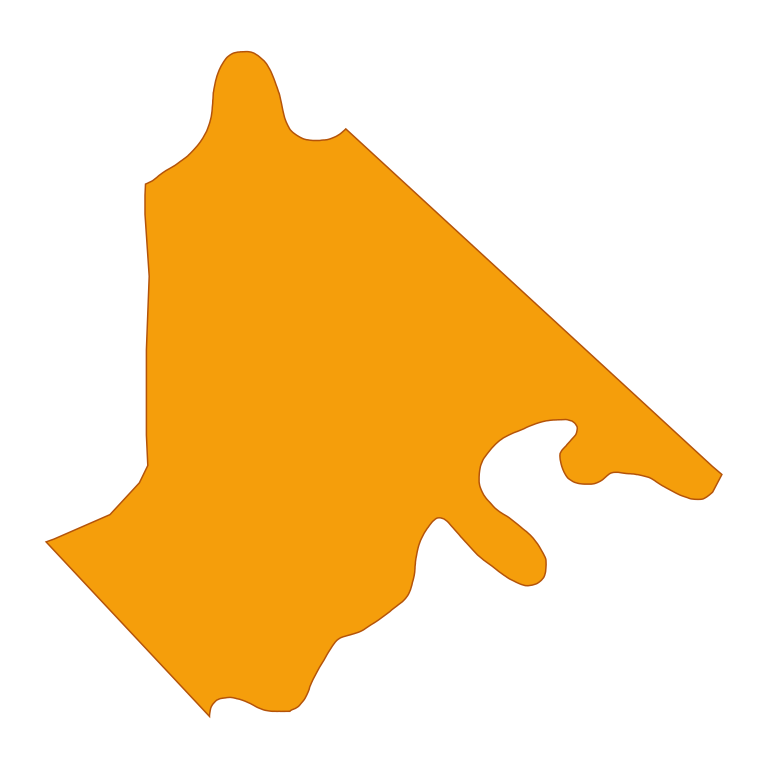 outline of Morne Assau/Babonneau, Dauphin, Saint Lucia
{"feature_id": "8701671B48601442509190", "entity_name": "Morne Assau/Babonneau", "entity_type": "district", "adm_level": 2, "iso_a3": "LCA", "parent_name": "Saint Lucia", "parent_adm1": "Dauphin", "projection": "mercator", "projection_center": [-60.931, 13.991], "detail": "fine", "context": "isolated", "style": "filled", "palette": "amber", "viewbox_px": 768, "rotation_deg": 0, "n_neighbors": 0, "source": "geoboundaries", "source_scale": "gbopen_adm2", "svg_char_len": 6078}
<svg xmlns="http://www.w3.org/2000/svg" viewBox="0 0 768 768"><path d="M46.1,541.9L209.5,716.4L209.5,715.5L209.7,713.6L210.2,710.5L210.8,707.8L211.6,706.1L212.5,704.6L213.2,703.7L215.4,701.3L216.6,700.2L218.1,699.5L219.9,698.7L220.8,698.5L222.6,698.2L225.8,697.8L226.8,697.6L229.5,697.4L230.8,697.4L232.1,697.6L233.0,697.7L234.7,698.1L235.6,698.3L236.5,698.6L239.4,699.2L242.7,700.3L245.1,701.2L248.0,702.5L250.3,703.5L253.8,705.4L255.5,706.4L257.2,707.3L258.8,708.0L263.4,709.8L265.2,710.3L268.8,710.9L271.0,711.2L272.1,711.3L274.8,711.3L277.4,711.4L279.1,711.3L280.9,711.4L289.9,711.3L290.5,710.6L291.9,709.8L295.4,708.4L297.0,707.4L298.5,706.4L299.8,705.0L301.0,703.5L302.9,701.3L304.0,699.9L305.0,698.4L306.8,694.9L308.2,691.8L309.2,689.2L309.6,687.4L309.9,686.5L310.6,684.9L311.3,683.2L313.0,679.5L316.8,672.3L319.5,667.3L321.1,664.7L322.7,662.1L323.9,660.2L327.0,654.6L328.5,652.1L332.4,646.0L335.0,642.4L335.6,641.7L336.9,640.3L338.3,639.2L340.5,637.8L343.1,636.8L354.0,633.7L357.4,632.6L359.1,632.0L360.9,631.2L363.4,629.9L366.9,627.5L370.8,624.9L375.5,622.0L378.2,620.2L387.4,613.4L389.7,611.7L391.8,609.8L394.0,608.1L396.8,606.0L398.4,604.7L399.2,604.1L402.4,601.7L403.7,600.4L405.5,598.5L406.6,597.0L407.6,595.7L408.6,594.0L409.3,592.5L410.5,589.6L411.9,584.9L412.4,582.5L412.9,580.8L413.2,579.8L413.7,577.7L414.2,575.4L414.7,572.2L415.0,568.1L415.0,566.8L415.4,563.4L415.4,562.3L415.9,558.6L416.5,555.6L416.9,553.3L417.3,551.3L418.1,547.8L418.9,545.0L420.0,541.9L420.6,540.3L421.8,537.8L424.2,533.1L427.3,528.3L428.0,527.5L429.6,525.2L431.8,522.4L432.4,521.7L433.0,521.1L435.7,518.8L436.5,518.4L437.3,518.0L438.7,517.8L439.6,517.8L440.8,517.9L443.0,518.6L443.9,518.9L445.5,520.0L447.2,521.3L448.6,522.7L451.3,525.9L453.5,528.3L454.4,529.4L458.8,534.3L460.9,536.9L461.8,537.8L465.4,541.8L466.2,542.6L467.1,543.6L469.2,545.9L470.0,546.8L472.8,549.9L477.5,554.9L482.2,558.8L483.7,560.1L492.3,566.3L493.8,567.5L498.8,571.5L504.5,575.6L505.4,576.1L507.0,577.3L509.5,578.9L514.2,581.2L516.1,582.2L519.7,583.8L521.5,584.5L523.5,585.1L525.2,585.6L527.0,585.7L528.2,585.7L530.2,585.4L532.2,585.1L533.9,584.6L535.8,584.0L536.6,583.7L537.4,583.3L539.3,582.0L541.0,580.6L541.7,579.9L543.7,577.5L544.1,576.6L544.6,575.5L545.4,572.6L545.6,571.6L545.9,568.1L546.1,564.7L546.0,560.7L545.9,559.7L545.7,558.8L545.1,557.2L544.2,555.4L543.2,553.4L541.8,551.0L540.4,548.5L539.3,546.6L537.5,543.8L536.4,542.4L533.2,538.2L530.3,535.1L527.1,532.2L526.4,531.5L525.6,531.0L522.5,528.5L521.0,527.2L517.9,524.6L514.2,521.7L512.7,520.5L509.0,517.6L507.2,516.4L503.4,514.2L499.8,511.9L497.7,510.3L494.9,508.0L493.1,506.1L491.1,503.8L487.1,499.5L485.9,498.0L483.7,494.9L482.1,491.8L481.3,490.0L480.6,488.3L479.8,486.0L479.4,483.9L479.1,482.0L479.1,480.0L479.1,479.0L479.1,477.0L479.3,473.5L479.7,470.3L480.4,466.5L481.0,464.6L481.7,462.9L482.8,460.2L483.8,458.4L486.6,454.6L487.9,452.9L491.6,448.3L495.5,444.2L497.7,442.2L499.8,440.4L501.3,439.4L503.5,437.8L504.3,437.4L508.5,435.2L512.1,433.5L514.1,432.6L516.3,431.8L517.2,431.5L521.1,429.9L524.0,428.7L526.5,427.4L529.0,426.3L535.8,423.7L539.2,422.6L542.4,421.7L546.3,420.8L548.2,420.6L550.1,420.3L553.2,420.0L556.4,419.9L557.2,419.8L561.7,419.7L565.7,419.5L567.4,419.7L570.7,420.7L571.7,420.9L572.5,421.4L574.0,422.5L574.9,423.3L575.6,424.2L576.5,425.7L577.1,426.6L577.3,428.6L576.9,431.1L576.5,432.8L575.8,434.6L575.2,435.4L574.0,436.8L572.6,438.3L571.3,439.7L570.1,441.2L566.9,444.7L566.3,445.6L564.5,447.4L563.1,448.9L561.8,450.4L561.0,451.8L560.1,453.5L559.9,455.5L560.0,457.5L560.2,459.6L561.1,463.9L561.8,466.4L562.9,469.5L563.4,470.6L564.1,472.2L565.6,474.9L566.5,476.3L567.1,477.1L567.7,477.9L569.0,479.0L572.2,481.1L573.2,481.7L574.8,482.4L575.8,482.7L577.5,483.2L579.2,483.6L582.6,484.0L584.5,484.1L591.3,484.1L592.2,484.0L594.1,483.7L594.9,483.5L596.9,482.8L599.7,481.5L600.6,481.0L602.5,479.8L604.1,478.4L607.2,475.6L608.1,474.9L609.6,473.7L611.4,472.9L613.5,472.4L615.1,472.3L618.2,472.3L622.5,473.0L626.1,473.5L628.7,473.7L629.9,473.7L631.8,473.9L633.8,474.0L636.9,474.6L637.8,474.6L642.2,475.6L646.8,476.8L648.6,477.3L650.3,478.0L652.1,479.0L654.7,480.6L656.0,481.6L660.1,484.3L662.5,485.8L663.9,486.5L665.6,487.5L670.6,490.2L672.1,491.0L676.0,493.1L680.1,495.1L682.5,496.0L687.9,497.8L689.1,498.3L690.0,498.6L691.2,498.9L693.9,499.2L694.9,499.3L698.2,499.4L700.9,499.3L702.8,499.0L703.6,498.7L705.1,497.9L706.9,496.8L709.3,495.0L712.0,492.7L712.7,492.0L721.9,474.5L712.4,466.4L345.8,128.9L344.7,130.0L341.4,132.9L339.6,134.3L337.1,135.8L336.3,136.3L334.3,137.2L331.6,138.3L329.4,139.1L327.0,139.7L324.5,140.0L323.5,140.0L321.4,140.2L320.3,140.4L319.4,140.5L313.0,140.5L309.2,140.1L308.2,139.9L306.5,139.7L304.5,139.2L302.8,138.6L300.0,137.2L298.8,136.5L296.8,135.3L295.8,134.6L293.2,132.7L292.3,131.9L291.4,131.0L290.2,129.7L289.7,128.9L289.2,128.1L288.8,127.2L288.2,126.2L286.8,123.3L286.1,121.8L284.7,118.0L283.9,114.9L282.8,110.2L281.4,103.1L280.6,99.6L280.4,98.6L279.6,95.0L279.1,93.2L278.6,92.1L277.1,87.5L276.1,84.9L275.0,81.7L273.9,78.7L272.1,74.3L270.8,71.3L269.8,69.4L266.9,64.4L266.1,63.3L264.1,60.9L263.3,60.2L259.2,56.6L257.7,55.4L256.3,54.6L255.1,53.8L253.9,53.1L252.8,52.7L251.0,52.1L248.5,51.7L247.3,51.6L246.2,51.6L244.4,51.7L241.7,51.8L240.5,51.8L239.6,52.0L237.7,52.1L235.9,52.5L234.9,52.7L233.4,53.1L231.8,53.9L230.0,55.0L227.9,56.6L226.9,57.5L225.8,58.8L224.5,60.6L223.5,62.1L221.1,66.1L219.3,69.8L218.2,72.6L216.9,76.2L216.0,79.6L215.7,80.4L214.0,88.8L213.6,91.5L213.3,92.7L213.0,98.9L212.8,100.3L212.7,103.4L212.3,107.3L212.2,109.1L212.0,111.4L211.4,115.6L211.2,116.9L210.0,121.7L209.3,124.0L207.7,128.5L206.6,131.3L204.6,134.9L202.9,138.0L200.1,142.2L197.3,145.8L195.0,148.4L192.8,150.8L190.4,153.3L188.5,155.1L187.9,155.8L185.4,157.8L184.5,158.4L182.4,160.0L180.5,161.3L178.0,163.2L175.1,165.3L169.3,168.7L166.1,170.5L162.8,172.7L159.0,175.5L156.5,177.7L155.8,178.2L152.9,180.5L151.3,181.4L148.5,182.7L147.6,183.2L145.5,184.1L145.0,195.4L145.0,214.2L149.2,276.3L146.4,349.9L146.4,435.1L147.8,465.5L139.4,482.8L110.0,514.6L53.9,539.1L46.1,541.9Z" fill="#f59e0b" stroke="#b45309" stroke-width="1.5"/></svg>